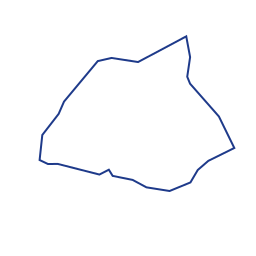 an SVG outline of Budapest, rotated 161°
{"feature_id": "HUN-3160", "entity_name": "Budapest", "entity_type": "Capital City", "adm_level": 1, "iso_a3": "HUN", "parent_name": "Hungary", "parent_adm1": "", "projection": "robinson", "projection_center": [19.116, 47.483], "detail": "fine", "context": "isolated", "style": "outline", "palette": "blue", "viewbox_px": 256, "rotation_deg": 161, "n_neighbors": 0, "source": "natural_earth", "source_scale": "10m", "svg_char_len": 445}
<svg xmlns="http://www.w3.org/2000/svg" viewBox="0 0 256 256"><g transform="rotate(161 128 128)"><path d="M109.2,54.9L129.9,65.9L140.5,77.4L158.1,87.7L159.7,94.8L170.2,93.3L206.1,116.9L215.4,120.0L222.0,126.5L211.3,149.3L189.0,163.9L179.9,173.8L134.8,201.1L120.8,199.6L97.0,187.1L43.1,195.7L46.2,174.8L55.3,157.2L54.9,149.7L38.3,109.3L34.0,74.5L62.7,70.8L75.7,65.6L86.7,56.2L109.2,54.9Z" fill="none" stroke="#1e3a8a" stroke-width="2"/></g></svg>